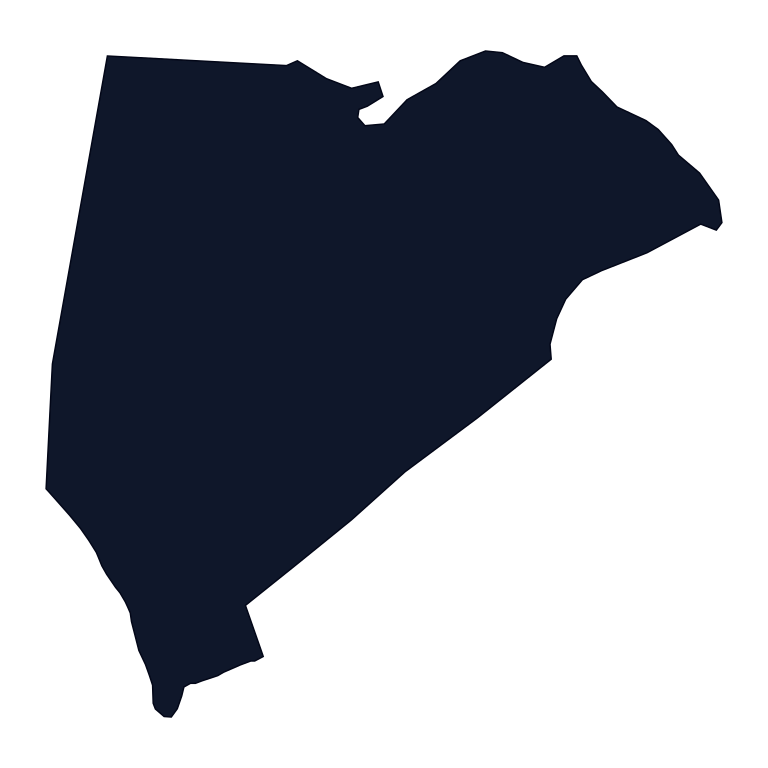 outline of Fond Bernier, Soufrière, Saint Lucia
{"feature_id": "8701671B2449694797689", "entity_name": "Fond Bernier", "entity_type": "district", "adm_level": 2, "iso_a3": "LCA", "parent_name": "Saint Lucia", "parent_adm1": "Soufrière", "projection": "equal_earth", "projection_center": [-61.059, 13.858], "detail": "fine", "context": "isolated", "style": "filled", "palette": "ink", "viewbox_px": 768, "rotation_deg": 0, "n_neighbors": 0, "source": "geoboundaries", "source_scale": "gbopen_adm2", "svg_char_len": 1124}
<svg xmlns="http://www.w3.org/2000/svg" viewBox="0 0 768 768"><path d="M46.1,488.8L48.6,491.5L69.5,515.1L80.4,528.3L88.8,540.3L96.3,552.3L98.2,556.8L101.9,565.9L106.6,574.2L115.6,587.4L120.0,592.8L125.3,601.8L127.8,607.2L130.3,613.0L131.5,621.6L134.9,634.8L138.9,650.5L145.5,664.5L149.5,675.7L152.6,685.2L153.2,703.3L155.4,709.0L164.1,716.5L171.3,717.0L177.3,708.7L181.7,696.0L183.9,687.0L190.5,683.3L195.5,683.3L201.8,680.9L217.8,675.6L223.4,672.3L240.1,665.0L250.7,661.0L254.7,661.0L263.2,656.5L262.6,654.6L245.4,605.4L297.8,563.4L351.4,519.9L405.0,471.8L477.5,417.8L551.2,359.2L550.0,344.2L556.7,318.7L565.7,299.2L582.4,279.7L601.4,270.7L647.1,252.7L700.7,224.1L716.3,230.1L721.9,222.6L718.6,200.1L699.6,173.1L678.4,155.1L671.7,144.6L658.3,129.6L646.0,120.6L617.0,107.0L602.5,92.0L591.3,81.5L581.3,65.0L576.8,55.9L563.9,55.9L544.6,67.3L522.9,62.4L502.4,52.7L485.5,51.0L460.2,60.8L436.0,83.5L407.1,99.7L384.2,124.0L364.9,125.7L357.7,117.5L358.9,109.4L367.3,106.2L383.0,96.5L378.2,81.9L351.6,88.3L326.3,78.6L297.4,60.8L286.5,65.6L107.4,56.0L52.4,364.0L46.1,488.8Z" fill="#0f172a" stroke="#020617" stroke-width="1.5"/></svg>